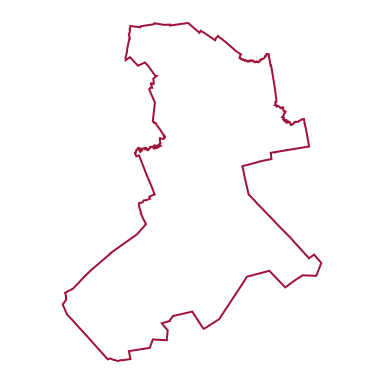 Gataia, Timis, Romania (Robinson projection)
{"feature_id": "2599482B24141184898976", "entity_name": "Gataia", "entity_type": "district", "adm_level": 2, "iso_a3": "ROU", "parent_name": "Romania", "parent_adm1": "Timis", "projection": "robinson", "projection_center": [21.418, 45.392], "detail": "fine", "context": "isolated", "style": "outline", "palette": "rose", "viewbox_px": 384, "rotation_deg": 0, "n_neighbors": 0, "source": "geoboundaries", "source_scale": "gbopen_adm2", "svg_char_len": 5884}
<svg xmlns="http://www.w3.org/2000/svg" viewBox="0 0 384 384"><path d="M107.8,359.4L109.7,358.5L110.2,358.4L111.5,359.1L112.6,359.5L118.1,361.0L118.6,360.9L121.4,360.0L122.2,360.3L129.3,359.2L130.4,359.1L128.9,351.1L149.7,347.9L152.8,339.5L166.8,340.2L167.7,330.2L166.0,328.4L161.8,323.3L170.1,320.9L170.0,319.9L173.1,316.0L192.3,311.6L198.9,321.9L203.5,328.8L204.8,328.3L219.1,319.2L237.2,291.8L243.5,282.2L246.5,277.3L247.2,276.6L269.3,270.8L285.3,287.4L293.6,281.2L302.6,275.3L316.3,275.8L321.3,263.0L314.9,255.6L314.2,254.6L308.9,258.3L308.6,257.8L295.3,243.2L294.8,242.8L291.1,238.4L280.1,227.3L275.2,222.2L274.2,221.0L257.4,203.7L255.3,201.5L255.0,200.9L249.1,195.0L248.7,194.7L245.0,178.6L242.4,166.1L254.6,163.0L258.1,161.9L260.9,161.2L267.4,159.8L271.4,159.1L270.8,152.8L273.8,152.3L275.2,152.4L275.2,152.1L278.0,151.6L309.1,146.5L307.5,137.8L307.6,137.5L305.5,126.9L305.3,126.7L303.9,119.0L302.8,119.2L302.4,119.5L302.0,119.3L301.6,119.3L301.2,119.6L301.1,119.9L300.7,120.0L300.0,120.6L298.6,121.2L298.3,121.7L298.0,121.9L297.0,121.8L296.4,122.0L295.8,121.7L295.1,121.8L294.9,122.2L293.9,122.7L293.8,123.3L292.6,124.1L291.8,124.9L290.9,125.0L290.7,124.8L290.6,124.0L290.1,123.5L290.2,122.6L290.1,122.3L289.0,122.1L288.5,121.4L288.2,121.3L287.8,121.7L287.7,122.4L287.5,122.6L287.0,122.7L286.2,122.6L285.8,121.6L286.0,121.3L286.6,120.8L286.7,120.6L286.4,120.0L285.8,119.9L285.3,120.1L285.1,120.5L285.1,121.0L284.9,121.2L284.3,121.0L283.7,119.9L283.2,119.5L283.6,119.1L284.0,118.4L284.0,118.2L283.8,117.7L282.1,117.2L282.6,116.7L283.0,116.6L283.3,116.0L283.7,115.5L283.8,115.0L283.7,114.3L284.5,113.6L284.5,113.3L284.7,112.5L285.5,112.0L285.6,111.8L285.6,111.6L284.9,111.1L284.6,111.2L283.4,110.6L283.1,109.5L283.3,109.2L283.2,108.9L282.4,108.4L282.4,108.2L282.7,108.0L282.7,107.8L283.1,107.5L283.1,107.3L282.3,107.3L280.6,108.2L280.4,107.9L280.5,107.5L280.3,107.3L279.8,107.3L279.0,106.4L278.1,106.2L277.1,106.5L277.1,106.4L277.2,105.9L277.2,105.7L276.7,105.7L276.2,106.0L276.1,105.9L276.1,105.4L276.0,105.1L275.7,105.0L275.1,105.0L275.7,104.2L275.6,103.6L275.2,102.9L275.3,102.1L275.6,101.7L275.9,101.6L276.2,101.8L276.5,101.6L276.2,98.8L275.8,95.5L274.3,84.5L271.1,65.4L270.5,65.5L268.6,54.1L267.6,54.2L266.9,54.0L266.5,54.0L266.4,54.2L266.5,54.9L266.0,55.4L266.0,55.8L265.6,55.7L265.0,56.2L265.0,56.9L263.7,58.5L263.3,58.8L261.8,59.1L260.9,59.5L260.9,60.1L260.3,60.2L260.4,60.6L259.5,61.3L258.7,62.2L258.2,62.1L258.0,61.5L257.7,61.3L257.4,61.4L257.1,61.8L256.6,61.4L256.4,61.5L256.3,62.0L255.4,62.2L255.1,62.0L254.5,62.1L254.3,61.9L254.7,61.7L254.0,61.2L253.1,61.3L252.9,61.1L252.8,60.7L252.4,60.8L251.8,60.5L251.4,60.5L251.2,60.3L250.9,60.4L251.0,60.8L250.8,61.1L250.2,61.0L250.0,60.7L249.7,60.6L249.3,60.9L249.2,61.3L248.9,61.4L248.7,61.0L248.4,60.9L248.0,61.1L248.2,61.5L247.9,61.6L247.7,61.4L247.6,61.0L246.8,61.2L246.0,60.7L245.9,60.3L245.5,60.0L245.2,60.1L244.8,60.6L244.4,60.2L243.8,60.3L243.3,60.1L243.6,59.8L243.3,59.4L242.3,59.4L241.8,58.9L241.6,59.2L241.2,59.3L240.9,58.8L240.4,58.5L240.2,58.2L239.6,58.2L239.8,56.7L240.0,56.3L240.2,55.5L240.4,55.3L240.7,54.7L241.0,54.4L234.9,50.3L234.9,50.1L228.0,44.1L221.2,38.5L219.6,37.5L218.1,35.9L217.4,36.7L216.3,37.7L215.1,40.2L204.1,32.8L200.7,30.8L199.5,32.8L188.1,23.0L170.0,25.5L170.0,24.6L164.0,24.8L154.3,23.3L154.0,24.2L140.6,26.3L140.4,27.3L130.4,26.0L129.8,29.7L129.7,29.7L130.0,30.5L129.6,32.7L129.4,33.1L128.8,34.0L129.0,35.6L129.9,38.1L129.9,38.5L129.3,38.5L129.2,39.5L127.2,48.9L126.9,52.1L126.0,55.8L125.6,57.7L125.6,60.2L129.9,57.2L138.0,65.7L144.9,62.5L148.2,65.9L150.5,69.2L155.1,75.5L155.6,76.3L156.4,76.2L156.1,76.5L155.5,76.8L153.3,78.7L153.5,79.9L153.7,83.9L151.4,83.3L151.3,83.9L151.0,83.9L152.2,87.8L150.3,87.8L149.1,89.2L154.9,102.5L152.8,121.1L153.3,121.9L154.0,122.1L154.0,122.7L154.2,123.1L155.3,122.8L155.6,122.9L155.9,123.7L156.4,124.2L156.7,125.1L160.4,130.0L163.2,134.6L163.7,134.9L163.9,135.1L163.6,135.8L163.7,136.0L164.9,136.3L164.9,136.6L164.5,137.1L164.9,137.4L164.9,137.6L164.2,138.1L164.0,138.6L163.2,138.8L161.1,138.8L160.6,138.2L160.4,138.1L160.1,138.1L159.8,138.4L160.0,141.3L160.5,143.0L160.0,143.3L160.0,143.7L158.6,144.5L158.5,144.9L158.7,145.2L160.1,145.3L160.5,145.7L160.3,145.7L159.5,146.4L158.8,146.2L158.5,146.3L158.4,146.6L158.5,147.0L158.3,147.3L157.8,147.4L157.8,146.7L157.5,146.0L157.2,145.8L156.8,145.8L156.5,146.0L156.4,146.3L156.7,147.9L156.0,147.8L155.8,146.9L156.2,146.6L156.2,146.3L155.1,146.1L154.9,145.9L155.0,145.4L154.5,145.3L154.0,145.6L153.6,146.3L153.7,146.6L153.9,147.0L154.6,147.8L154.7,148.5L154.3,148.7L153.5,148.2L153.3,147.2L153.1,147.0L151.7,146.8L150.8,147.0L150.3,146.8L150.1,146.8L149.9,147.1L150.0,147.9L149.8,148.2L149.2,148.9L148.4,149.2L148.3,150.0L147.9,150.3L147.7,150.3L146.8,149.5L146.4,149.4L146.8,148.8L146.8,148.4L146.6,148.3L145.4,148.0L144.9,148.9L144.6,148.4L144.2,148.2L143.3,148.7L142.6,148.5L142.2,148.6L141.9,149.0L141.8,150.1L142.0,150.4L141.3,150.9L140.3,151.9L140.2,151.8L140.3,151.4L140.2,151.1L139.5,150.8L139.3,150.0L140.0,149.2L140.0,148.6L139.8,148.3L139.2,148.2L138.5,147.8L138.3,147.8L137.9,148.1L137.7,148.4L137.8,149.0L137.4,149.3L137.2,149.7L136.7,149.8L136.3,150.1L136.0,150.9L136.1,151.7L135.8,152.6L134.8,152.9L134.8,153.0L136.3,156.3L139.0,155.5L142.8,164.9L145.7,172.6L146.3,174.1L151.2,185.6L154.7,194.5L152.9,195.0L151.8,195.6L150.8,195.9L150.4,196.3L149.5,196.6L149.3,196.9L149.9,198.6L149.5,198.5L148.1,199.5L147.1,199.9L145.1,200.3L143.9,200.3L143.4,200.8L142.9,202.0L142.7,202.1L140.9,202.9L139.3,202.8L139.0,203.2L138.8,204.1L138.9,204.6L139.3,207.2L140.7,211.7L141.0,212.3L140.6,212.8L140.8,213.4L142.8,217.9L146.0,224.2L136.9,234.4L110.4,253.2L110.7,253.4L91.9,269.4L86.1,274.9L73.2,288.5L65.1,292.8L65.7,294.9L65.9,296.0L66.1,299.2L66.0,299.8L64.0,302.8L62.7,304.4L67.0,314.4L68.2,315.8L68.3,315.8L71.6,319.2L80.2,328.8L82.7,331.4L107.8,359.4Z" fill="none" stroke="#9f1239" stroke-width="2"/></svg>